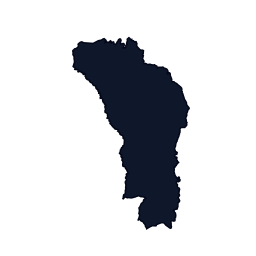 outline of Poiana Cristei, Vrancea, Romania, rotated 28°
{"feature_id": "2599482B17918493537956", "entity_name": "Poiana Cristei", "entity_type": "district", "adm_level": 2, "iso_a3": "ROU", "parent_name": "Romania", "parent_adm1": "Vrancea", "projection": "albers", "projection_center": [26.947, 45.68], "detail": "fine", "context": "isolated", "style": "filled", "palette": "ink", "viewbox_px": 256, "rotation_deg": 28, "n_neighbors": 0, "source": "geoboundaries", "source_scale": "gbopen_adm2", "svg_char_len": 5841}
<svg xmlns="http://www.w3.org/2000/svg" viewBox="0 0 256 256"><g transform="rotate(28 128 128)"><path d="M172.5,81.6L169.1,80.1L168.3,79.2L167.7,78.2L166.0,77.0L164.7,76.4L159.9,71.7L159.2,71.7L158.7,70.3L157.8,70.2L157.5,68.8L156.7,67.7L155.3,67.1L151.3,66.3L150.2,65.9L148.0,66.0L146.9,65.6L145.1,66.5L144.2,65.5L143.8,64.5L140.6,61.7L139.9,60.4L139.0,59.8L138.2,59.9L137.6,60.9L137.6,61.6L137.3,61.6L136.8,60.4L136.7,59.2L136.2,58.7L134.7,57.8L132.8,57.9L131.7,58.2L130.2,57.8L129.1,58.7L126.5,60.0L126.0,61.2L124.3,59.8L123.0,60.0L121.7,59.7L121.2,60.2L119.6,61.0L117.3,61.4L116.9,61.9L115.0,62.9L113.8,62.7L112.8,62.9L112.0,63.7L110.6,62.3L110.8,61.6L110.5,61.3L109.8,61.0L108.2,59.8L107.9,59.0L108.0,58.1L107.6,57.6L107.6,56.9L107.3,56.7L106.9,57.0L106.5,56.4L106.2,56.4L106.5,55.1L105.3,52.4L104.0,52.5L103.5,53.0L102.0,53.3L97.9,51.9L96.7,50.9L96.4,49.5L94.6,48.0L93.0,48.9L91.8,48.4L90.3,49.0L89.7,48.0L88.9,48.7L88.5,48.8L88.0,48.2L86.4,47.8L85.6,50.0L86.1,50.4L86.4,51.2L86.7,51.6L86.8,51.8L86.6,52.5L86.9,53.1L87.0,53.9L88.0,54.7L87.3,56.0L88.3,58.1L88.2,58.3L86.9,59.0L86.6,59.6L86.3,59.7L86.1,59.5L86.2,58.6L86.1,57.8L85.9,57.5L85.8,56.4L84.8,55.5L84.0,55.6L83.7,56.1L82.2,57.2L81.8,57.1L81.1,55.6L80.8,54.6L80.7,53.8L79.6,53.0L78.9,53.2L78.2,54.4L78.3,55.9L78.0,57.6L78.3,58.7L77.4,60.3L76.3,60.2L74.9,58.8L74.3,59.1L73.6,60.8L73.1,60.8L72.7,60.5L72.6,59.6L71.7,59.2L71.4,59.6L70.7,61.5L70.1,61.6L69.3,62.1L68.3,61.8L67.6,63.0L67.5,61.8L67.1,61.5L67.3,60.9L65.0,60.3L64.1,61.2L63.6,62.3L62.8,63.3L61.3,64.4L61.2,64.7L60.8,64.9L57.5,69.7L49.0,73.5L46.8,73.6L45.7,74.6L44.8,76.6L44.6,77.5L45.2,77.9L45.8,79.3L45.8,79.9L44.9,82.4L44.1,82.7L43.8,83.1L43.0,85.5L43.2,86.1L43.9,86.8L45.0,89.1L46.8,90.2L47.4,91.0L47.5,91.6L49.8,94.8L50.7,99.5L53.3,99.9L53.5,101.2L55.0,100.7L55.5,100.1L56.2,100.3L56.7,100.2L57.0,100.6L57.3,101.7L57.6,101.8L58.2,101.5L58.5,100.5L59.2,100.6L59.8,100.4L60.7,100.9L62.1,100.5L63.0,101.5L63.6,101.6L63.9,101.3L63.7,100.5L64.0,100.3L65.2,100.9L65.6,101.6L65.9,102.5L66.8,102.8L67.6,103.9L68.2,103.9L68.9,104.3L71.5,104.1L72.0,104.4L72.2,104.9L73.5,105.3L75.4,105.2L76.8,106.3L77.7,106.5L79.7,106.1L81.1,107.9L82.0,108.3L82.5,108.1L82.8,108.4L83.3,108.3L83.9,108.9L84.0,109.3L85.6,110.2L85.9,111.1L87.1,110.6L87.5,111.1L87.8,112.1L89.1,112.5L89.0,113.8L89.6,114.8L90.6,114.0L91.8,114.3L93.0,116.0L94.4,117.1L95.7,117.2L96.0,117.9L97.7,118.3L97.8,118.8L97.4,119.6L97.9,120.5L98.6,120.8L98.7,121.4L99.2,121.8L99.6,122.7L99.5,123.4L100.3,124.8L100.8,125.0L101.5,124.7L103.5,125.3L103.7,126.1L105.0,127.9L104.8,128.8L104.8,129.1L106.7,128.9L107.5,129.1L107.9,130.6L109.2,130.6L109.7,131.1L109.7,131.9L109.9,132.4L110.6,132.7L111.1,132.6L112.5,133.4L113.0,133.3L113.7,134.0L115.3,134.2L115.6,134.5L116.4,134.6L117.1,135.0L119.6,134.1L120.2,134.2L120.5,134.8L120.4,135.6L121.4,135.7L123.1,136.4L123.5,136.6L123.6,137.1L124.3,137.4L125.3,137.4L126.9,137.1L127.6,138.0L128.2,138.5L128.3,139.2L129.1,139.3L130.4,140.1L132.5,144.8L132.3,145.6L131.8,146.2L132.2,147.7L131.6,148.3L131.6,149.3L132.0,149.9L131.6,151.1L132.2,151.9L132.2,152.7L132.6,153.7L132.3,154.0L132.3,154.3L134.1,154.9L134.8,154.7L135.0,156.0L135.3,156.5L136.2,157.1L136.9,156.7L137.4,158.0L137.7,159.2L137.9,159.4L138.3,159.3L139.6,160.4L140.5,162.8L141.3,164.0L142.4,164.0L143.7,163.5L144.5,164.6L145.6,165.2L146.4,165.3L146.9,166.0L149.5,167.7L149.5,168.1L148.5,168.7L148.2,169.7L149.5,171.0L149.1,171.6L149.2,173.1L149.5,173.5L149.9,173.5L151.0,174.3L151.1,175.3L150.8,176.3L151.4,177.8L152.0,178.1L153.4,180.1L153.6,181.1L154.0,181.9L154.8,182.3L154.6,183.1L155.0,183.9L154.9,184.2L155.3,184.5L155.4,185.3L156.4,187.2L156.4,187.6L155.6,188.8L155.9,190.4L156.6,191.9L156.6,192.7L157.0,192.8L157.8,190.1L160.1,190.0L161.7,188.8L162.6,188.7L164.3,187.8L165.1,186.8L165.6,186.7L166.2,185.8L167.1,185.2L167.4,184.4L168.6,183.5L168.8,183.0L169.2,182.7L171.8,182.6L172.3,182.1L174.6,181.5L176.6,181.6L175.6,184.1L175.6,184.6L176.1,185.3L176.1,185.7L176.0,186.7L175.2,188.4L175.5,192.0L175.2,193.4L176.9,195.6L177.8,198.5L178.8,199.0L179.3,199.7L179.8,201.9L180.1,204.4L180.4,204.4L180.8,203.4L181.2,203.1L183.0,203.9L185.5,203.8L186.8,204.7L188.1,205.1L189.2,206.0L189.6,206.7L191.2,207.5L191.8,208.2L193.6,205.2L195.4,202.8L198.6,201.3L198.7,200.9L198.5,199.9L201.5,196.4L202.6,195.5L204.5,194.9L207.0,196.0L210.4,196.4L211.5,196.7L212.7,196.5L213.0,196.2L212.8,194.9L211.8,193.7L210.7,191.7L209.9,190.8L209.8,190.1L210.2,189.2L211.9,188.8L212.7,188.2L212.9,187.9L212.6,186.9L211.7,185.8L211.6,185.3L212.0,184.8L211.2,182.7L209.8,180.9L208.2,180.3L207.5,179.4L206.8,179.5L207.1,178.5L209.2,176.6L208.8,176.2L209.3,175.9L208.9,175.1L209.1,174.3L207.2,170.6L207.6,170.0L207.9,168.8L207.7,167.9L206.3,166.8L205.5,166.5L205.0,165.9L204.9,165.4L205.2,163.6L204.7,162.8L203.6,162.0L202.6,159.0L202.3,157.8L201.4,157.1L200.2,157.2L199.4,156.9L198.6,155.8L198.5,155.2L198.3,154.8L196.9,154.3L196.0,152.9L196.5,152.2L197.8,151.8L198.6,150.4L198.3,149.3L198.0,149.2L197.0,150.0L196.2,150.2L195.9,149.3L197.1,148.8L196.7,147.7L195.9,147.4L195.5,148.0L195.6,148.4L195.0,148.9L195.1,149.2L194.6,149.6L193.5,148.6L191.7,147.7L189.0,144.8L188.4,143.1L187.5,141.8L187.2,141.0L187.8,140.7L187.7,139.3L188.1,138.8L188.2,136.7L188.8,134.6L187.0,134.1L186.9,133.7L185.7,133.0L185.2,132.2L185.3,131.4L184.9,131.0L184.2,131.0L183.6,131.7L182.5,130.8L182.2,130.2L182.5,128.9L183.4,128.4L183.0,126.6L182.4,126.4L180.6,126.5L180.1,125.5L179.0,124.7L178.6,123.7L178.5,121.8L177.5,119.2L177.5,118.1L177.2,117.4L177.5,116.6L177.1,115.8L177.0,114.1L176.7,113.4L176.8,111.9L176.2,109.5L176.3,109.2L175.7,108.0L175.9,107.5L175.0,105.6L174.1,104.4L174.7,102.6L177.8,100.9L178.5,98.3L178.4,97.6L177.5,96.2L177.5,95.5L176.7,95.2L175.4,93.3L174.2,92.2L174.0,89.1L173.0,87.9L172.9,86.0L172.4,83.6L172.9,82.3L172.5,81.6Z" fill="#0f172a" stroke="#020617" stroke-width="1.5"/></g></svg>